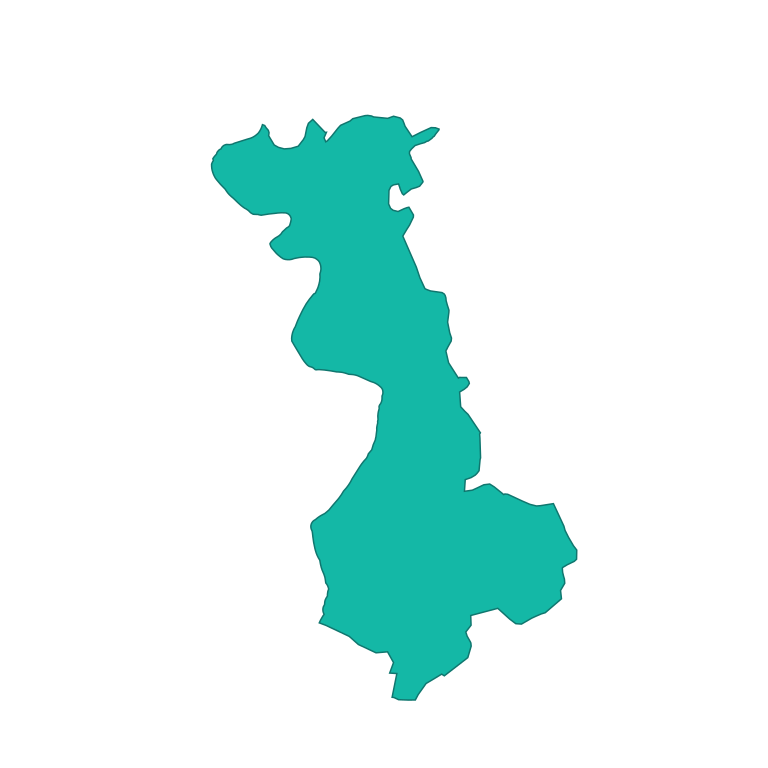 Samannud, Al Gharbiyah, Egypt, rotated 149°
{"feature_id": "37247803B28688372464969", "entity_name": "Samannud", "entity_type": "district", "adm_level": 2, "iso_a3": "EGY", "parent_name": "Egypt", "parent_adm1": "Al Gharbiyah", "projection": "albers", "projection_center": [31.248, 30.95], "detail": "fine", "context": "isolated", "style": "filled", "palette": "teal", "viewbox_px": 768, "rotation_deg": 149, "n_neighbors": 0, "source": "geoboundaries", "source_scale": "gbopen_adm2", "svg_char_len": 6170}
<svg xmlns="http://www.w3.org/2000/svg" viewBox="0 0 768 768"><g transform="rotate(149 384 384)"><path d="M205.5,574.1L207.9,577.1L211.5,579.5L223.0,580.8L232.6,581.5L233.2,594.1L232.6,597.1L232.0,600.7L233.1,603.7L237.9,608.6L244.0,609.8L255.4,618.3L256.6,620.1L259.6,622.6L262.0,623.8L274.1,627.5L277.7,626.9L288.0,628.1L291.7,627.0L301.3,623.4L307.4,621.6L309.2,621.6L308.6,625.9L303.7,629.4L304.9,630.0L308.8,647.5L314.5,646.4L318.2,643.4L324.2,636.8L327.3,635.0L335.1,632.0L342.4,633.9L348.4,636.9L352.6,641.2L355.0,645.4L355.0,656.2L353.1,658.6L352.5,661.0L353.1,664.6L353.1,667.0L354.6,668.9L356.1,667.6L357.6,666.4L359.9,665.0L361.6,664.2L362.6,663.8L363.4,663.6L365.2,663.3L367.1,663.1L369.0,663.1L370.3,663.2L372.1,663.5L374.7,664.2L388.4,667.5L390.0,667.6L390.8,667.8L391.6,668.1L393.2,668.8L394.8,669.9L396.0,670.6L397.4,670.9L398.8,671.0L400.2,670.7L400.9,670.5L401.5,670.2L402.6,669.5L404.0,669.6L404.7,669.6L406.2,669.2L407.5,668.7L408.1,668.3L409.2,667.3L412.2,666.4L414.0,665.6L414.7,665.2L415.1,663.5L416.9,662.5L418.0,661.7L418.6,661.2L419.7,659.3L420.6,657.4L421.3,655.5L421.8,653.5L422.2,651.5L422.4,649.5L422.5,647.4L422.3,645.4L421.3,639.2L419.8,632.8L419.7,630.4L419.5,628.2L419.1,626.0L418.7,624.6L418.3,623.2L417.5,620.9L415.9,614.9L414.6,610.6L413.5,607.8L412.9,606.5L411.9,604.8L411.0,602.8L410.7,601.8L410.2,599.7L409.8,598.8L408.7,596.9L407.3,595.9L404.4,594.0L403.9,593.2L403.1,592.7L402.5,592.0L395.1,589.0L389.3,586.3L387.0,585.3L383.9,583.7L380.9,581.8L379.9,581.1L379.0,579.9L378.6,579.3L378.3,578.5L378.0,577.5L377.9,576.7L378.0,575.2L378.3,573.7L378.8,572.9L380.4,571.1L382.2,569.4L383.5,568.3L385.1,567.9L387.2,567.9L388.1,567.7L390.8,567.1L392.5,566.8L394.3,566.0L395.2,565.6L397.2,565.2L398.3,565.1L402.1,565.1L404.6,564.8L405.8,564.5L407.6,564.0L408.7,563.5L409.4,563.1L409.7,562.5L410.0,561.0L410.2,560.1L410.2,558.3L409.3,553.1L409.0,551.4L408.3,549.0L407.1,545.7L405.9,543.2L404.4,541.6L402.7,540.3L400.9,539.2L399.9,538.8L398.9,538.4L396.3,537.8L394.3,537.1L391.6,536.1L389.0,534.9L386.4,533.6L384.8,532.6L382.4,531.1L380.1,529.4L378.9,528.1L378.3,527.4L377.5,525.8L376.9,524.2L376.7,523.3L376.6,522.4L376.6,521.6L376.9,519.6L377.5,517.6L378.4,515.8L378.9,514.9L380.2,513.3L382.3,511.3L383.9,508.4L384.8,507.2L386.2,505.3L388.4,503.0L390.7,500.9L392.6,499.5L394.5,498.3L395.7,497.4L396.6,497.2L397.4,497.4L398.7,497.1L404.2,495.1L409.2,492.9L414.9,489.7L417.6,488.0L421.6,485.4L425.5,482.7L430.8,478.6L432.2,477.9L433.8,476.8L435.8,475.2L436.7,474.3L438.0,472.9L439.6,470.8L440.9,468.3L441.0,463.6L441.0,447.8L440.8,444.6L440.3,441.3L439.9,439.5L439.5,438.6L439.2,437.9L438.7,437.2L437.6,436.1L436.7,434.9L436.1,433.5L435.6,431.9L435.1,431.3L434.4,430.9L433.5,430.5L432.1,429.7L428.0,426.8L423.0,422.8L418.4,418.8L416.6,417.6L414.7,416.2L413.5,415.2L411.9,413.6L410.8,412.4L409.2,410.5L406.9,408.9L405.3,407.7L403.8,406.3L402.5,404.9L401.6,403.7L394.1,393.0L392.7,391.4L391.7,390.2L390.4,388.1L389.3,385.8L388.3,382.7L388.1,381.3L388.2,379.9L388.7,378.4L389.1,377.7L389.6,376.7L390.7,375.6L391.9,374.7L392.9,373.0L394.0,371.4L395.0,370.4L395.7,369.8L397.1,368.9L398.3,368.4L399.0,368.0L399.9,367.2L400.4,366.2L400.8,365.4L402.9,363.4L404.2,361.9L405.8,359.7L407.5,356.5L408.2,355.8L408.7,355.3L409.5,353.8L411.1,352.2L412.4,350.7L413.0,349.9L414.0,348.1L416.0,345.6L418.0,343.0L419.2,341.8L420.2,340.6L422.4,339.0L424.5,337.5L428.4,333.9L431.1,333.0L433.4,332.2L434.8,331.0L435.6,330.4L437.3,329.4L438.2,329.1L441.0,328.3L442.8,327.6L444.6,326.9L447.2,325.7L460.3,319.1L463.2,317.3L466.4,315.7L469.8,314.3L473.9,313.0L477.5,311.1L481.2,309.5L483.1,308.8L490.1,306.5L496.0,304.4L498.7,303.9L501.4,303.5L505.1,303.7L507.5,303.7L510.0,303.5L512.5,303.1L514.2,303.1L515.7,302.9L517.1,302.3L518.4,301.5L519.5,300.4L520.3,299.2L520.9,297.8L521.1,297.0L521.2,296.3L521.3,295.2L521.9,293.5L523.7,289.6L525.9,284.4L527.9,278.7L528.6,276.3L529.2,273.8L529.6,271.3L529.8,268.8L529.8,266.0L531.2,262.4L532.3,258.9L532.9,256.1L533.5,251.8L534.2,248.8L535.0,246.7L536.2,243.9L536.4,243.1L536.2,242.1L536.2,240.2L536.6,238.2L537.0,236.8L538.8,235.3L539.5,234.5L540.7,233.0L541.8,231.3L543.5,230.5L545.1,229.5L545.9,228.9L547.1,227.6L548.5,225.6L550.0,224.7L550.7,224.3L551.8,223.2L552.7,221.9L553.4,220.4L553.8,218.9L554.0,217.4L555.9,216.6L557.5,215.7L560.0,214.3L562.5,212.6L558.3,207.3L543.8,185.6L540.4,174.8L540.2,174.0L529.3,157.7L518.9,152.6L519.3,140.3L528.0,133.3L522.1,129.2L538.4,111.3L536.9,110.1L534.1,105.9L526.3,100.8L519.9,97.0L514.6,100.2L502.2,105.6L484.0,105.6L482.6,102.8L453.1,106.3L444.3,114.4L443.0,117.1L442.8,118.1L442.6,125.1L441.6,129.3L433.6,132.4L428.9,140.9L402.0,133.1L397.3,117.7L394.5,110.7L389.8,107.4L378.0,107.2L373.4,106.7L367.5,105.9L363.6,104.9L342.5,108.5L339.0,116.1L331.7,120.1L329.8,123.9L329.2,126.3L327.9,130.5L326.1,134.1L325.5,134.7L320.1,134.7L312.2,134.0L309.2,134.6L304.3,142.4L304.9,147.8L304.8,157.5L304.2,165.3L303.0,169.5L300.4,194.2L312.5,199.1L316.1,200.9L320.9,205.7L325.7,212.4L334.7,225.7L337.1,227.5L338.3,227.5L342.5,239.0L344.9,243.8L350.3,246.2L357.6,246.9L363.0,247.5L370.3,250.6L363.6,260.2L357.5,258.9L352.7,258.9L350.3,259.5L347.2,260.7L340.6,269.7L339.3,270.9L329.6,288.3L327.8,291.9L326.5,292.5L327.6,314.7L328.8,319.0L330.0,325.0L323.3,338.2L317.9,338.2L314.2,338.7L310.6,340.5L310.0,342.3L310.0,347.1L316.0,350.8L317.2,350.8L317.7,368.9L314.0,380.3L313.4,380.9L312.2,381.5L310.4,382.7L304.3,386.2L302.5,388.6L301.3,394.0L297.6,404.3L291.5,412.0L290.3,413.8L289.0,419.3L287.8,423.5L286.6,425.9L286.0,428.3L286.0,430.1L287.2,432.5L296.2,439.8L298.6,442.8L299.8,444.6L298.5,456.6L296.1,467.5L291.7,501.1L285.0,504.7L280.2,507.1L272.9,511.9L271.7,513.7L271.6,522.7L273.4,523.3L276.4,523.9L283.1,524.6L286.7,528.2L287.9,531.2L287.3,536.0L280.0,547.4L276.3,549.8L273.3,549.8L268.5,548.0L269.1,545.0L269.7,542.6L270.3,537.7L269.7,535.9L265.5,536.5L260.1,537.1L255.2,535.8L251.6,535.2L246.8,537.0L246.2,537.6L244.9,548.4L244.8,562.9L244.2,564.1L243.6,568.3L242.4,570.1L239.3,571.3L234.5,572.4L229.1,571.2L224.8,570.0L222.4,570.0L220.9,569.5L216.4,569.9L214.6,570.5L213.4,570.5L210.9,571.7L206.1,573.5L205.5,574.1Z" fill="#14b8a6" stroke="#0f766e" stroke-width="1.5"/></g></svg>